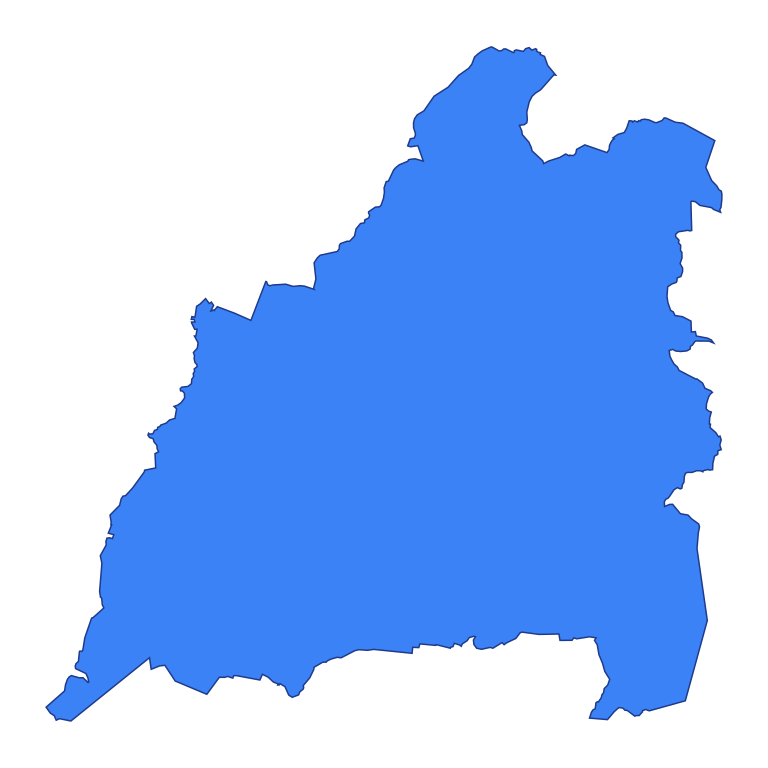 San Diego de Alejandría, Jalisco, Mexico (Mercator projection), rotated 180°
{"feature_id": "50627088B15513266665518", "entity_name": "San Diego de Alejandría", "entity_type": "district", "adm_level": 2, "iso_a3": "MEX", "parent_name": "Mexico", "parent_adm1": "Jalisco", "projection": "mercator", "projection_center": [-102.038, 20.956], "detail": "fine", "context": "isolated", "style": "filled", "palette": "blue", "viewbox_px": 768, "rotation_deg": 180, "n_neighbors": 0, "source": "geoboundaries", "source_scale": "gbopen_adm2", "svg_char_len": 5976}
<svg xmlns="http://www.w3.org/2000/svg" viewBox="0 0 768 768"><g transform="rotate(180 384 384)"><path d="M721.9,60.8L717.6,54.8L713.8,52.4L711.8,47.8L708.4,49.3L697.1,47.0L618.5,110.3L616.8,98.7L608.4,102.1L603.1,102.7L592.8,87.0L561.2,73.7L548.7,90.7L543.1,90.7L540.4,91.6L535.2,89.9L534.3,92.3L531.7,92.4L508.1,88.0L505.6,93.7L499.8,90.8L494.7,86.0L489.8,84.1L490.3,83.0L488.6,83.1L488.0,84.4L483.0,81.3L479.3,73.0L475.8,70.7L469.4,73.1L468.3,76.0L464.8,78.9L464.3,80.3L464.7,82.5L458.2,90.2L454.2,98.6L454.0,100.7L445.3,105.8L441.7,105.9L440.6,107.2L437.0,108.9L430.9,110.7L426.9,110.2L413.0,117.4L409.0,118.3L400.4,117.7L394.3,118.6L355.9,114.7L355.3,120.7L349.2,120.4L348.1,124.1L332.2,122.6L331.9,123.4L317.7,119.8L317.4,120.7L315.0,121.4L313.7,124.7L308.2,122.9L306.8,121.7L305.6,124.2L301.0,127.2L298.6,130.5L294.0,131.7L292.5,131.2L294.6,128.0L294.1,123.5L291.4,119.8L286.5,118.7L277.8,120.6L275.1,119.8L265.9,125.4L263.9,123.3L261.4,125.2L252.1,129.6L247.9,135.2L246.1,135.9L228.9,133.6L209.1,134.0L208.0,127.6L196.0,127.7L194.2,130.1L191.2,129.2L178.6,131.2L171.9,130.2L173.5,127.6L170.8,123.3L169.0,113.2L165.5,104.8L163.2,96.6L158.3,88.7L160.3,82.9L163.8,79.4L164.5,75.1L166.1,73.2L166.8,70.1L169.8,65.9L170.7,66.2L172.0,65.3L172.8,59.2L174.8,58.3L176.5,55.9L178.5,49.9L160.5,48.4L153.7,56.4L149.2,60.4L145.2,60.0L143.1,57.8L140.7,57.5L133.1,51.8L132.4,52.4L128.8,52.5L125.5,56.2L125.4,57.4L122.4,58.5L118.7,57.2L82.7,67.2L60.7,147.5L71.0,219.4L69.7,234.9L68.5,241.3L69.3,244.0L76.6,249.3L79.9,252.9L87.6,254.3L95.4,263.7L98.3,263.6L103.4,261.5L103.7,266.2L102.1,268.9L100.1,269.7L98.3,271.8L94.1,278.1L90.7,280.4L87.7,279.1L86.2,279.7L85.4,283.8L84.1,285.6L83.6,291.9L82.5,294.7L80.5,295.6L75.9,295.6L71.3,297.3L67.4,297.2L65.1,296.2L64.8,297.3L59.9,298.5L58.9,297.9L55.4,298.3L55.1,304.7L53.5,311.8L50.3,313.6L50.0,317.4L46.8,318.3L48.2,323.0L46.8,328.1L48.0,331.9L49.5,331.2L52.2,335.4L58.0,340.5L57.5,343.8L58.6,344.0L58.3,350.2L56.7,356.0L59.4,356.9L61.8,359.1L61.5,364.3L59.4,371.0L57.8,373.8L55.6,375.6L57.4,377.3L63.0,379.7L65.4,384.9L71.1,389.1L72.4,389.0L88.9,397.6L90.7,401.1L93.9,403.9L96.4,408.2L98.1,411.8L98.8,417.5L95.3,418.6L92.4,417.0L87.4,416.5L81.2,417.1L77.9,418.9L77.5,421.8L75.6,422.9L73.1,426.5L72.0,427.0L59.1,426.9L54.4,425.0L56.6,428.0L60.3,429.8L71.7,432.0L72.6,436.4L76.6,436.0L77.0,446.9L85.5,451.3L93.0,452.5L94.7,456.1L97.4,457.7L100.1,465.4L101.0,471.6L100.3,481.2L96.2,484.0L92.0,485.5L91.2,486.5L90.8,490.1L87.1,491.5L85.4,496.4L85.4,500.0L87.9,504.4L86.0,510.1L86.1,515.6L87.5,517.5L87.3,522.7L89.5,525.2L89.0,527.8L92.3,531.3L92.4,533.7L89.6,536.2L80.1,537.7L78.2,537.1L76.3,537.5L77.1,566.2L76.3,566.8L72.8,566.4L68.1,562.6L56.5,560.4L54.5,558.6L47.4,555.7L48.3,558.2L47.0,560.7L46.2,568.2L46.1,573.8L46.7,576.9L49.1,578.3L51.3,582.2L56.4,587.5L62.2,600.6L53.2,627.4L85.0,644.8L92.8,645.8L101.9,649.9L103.8,650.1L105.9,647.5L111.2,645.4L112.9,645.4L119.1,648.1L123.2,648.8L126.7,648.3L128.0,646.8L129.4,647.4L130.3,646.0L133.7,647.2L135.5,645.9L136.0,647.0L138.8,647.3L141.3,639.9L143.7,635.5L150.1,633.6L155.1,630.1L153.8,629.1L155.7,627.9L157.2,625.4L158.5,622.6L158.9,618.4L161.0,615.4L183.2,623.1L191.4,618.6L192.3,614.5L194.6,612.4L198.4,612.8L198.8,612.2L202.3,614.0L208.3,610.5L219.3,607.0L224.3,604.4L225.3,607.2L236.0,617.2L236.6,620.2L239.1,625.8L245.7,633.4L246.2,637.0L248.6,642.7L243.8,643.3L241.2,645.2L240.7,648.6L241.2,656.0L238.8,666.0L236.0,671.6L232.8,674.7L227.3,678.3L214.2,693.1L212.3,692.9L220.3,702.6L223.5,711.6L227.9,713.6L227.5,715.2L230.4,716.0L231.4,717.2L231.3,718.6L232.4,719.3L236.1,717.9L238.9,720.4L242.4,719.3L244.6,716.6L251.8,718.1L253.7,717.3L253.6,715.9L254.6,715.4L262.3,719.1L264.4,719.0L266.3,717.4L268.8,717.0L276.0,721.0L277.2,721.0L285.7,717.2L290.0,714.1L293.5,710.9L296.1,703.9L299.3,699.7L309.4,692.6L319.9,680.8L333.9,671.8L344.1,657.1L350.7,653.2L353.4,649.4L354.5,645.2L354.4,640.3L352.6,634.5L352.7,632.5L353.8,629.9L357.7,629.3L360.3,622.1L357.5,621.2L350.1,622.3L344.7,606.9L352.9,609.2L358.2,608.6L359.5,608.2L360.1,606.8L368.7,603.2L372.1,600.5L374.3,598.1L379.6,586.8L381.8,586.4L383.9,580.1L383.6,575.8L384.5,569.7L386.9,562.8L388.5,561.2L392.6,560.9L399.3,556.3L399.5,555.2L398.4,552.8L399.2,550.1L403.2,548.1L403.5,545.2L407.5,544.5L411.9,539.2L413.5,531.9L418.4,526.7L420.8,526.8L427.5,524.4L428.6,522.7L428.8,519.2L430.7,516.5L447.8,512.8L450.6,510.2L453.9,505.2L452.1,489.0L454.5,479.4L454.0,478.7L463.7,481.9L467.6,482.3L474.9,481.6L482.3,483.8L495.4,483.0L497.8,482.3L500.0,482.9L501.5,486.3L502.2,486.5L517.1,447.6L533.4,454.8L550.7,461.3L553.6,457.7L553.7,458.2L557.1,457.0L554.4,462.6L556.6,465.9L558.8,464.5L562.4,469.4L568.0,463.9L571.4,461.7L573.0,450.9L576.1,451.4L576.5,448.8L577.5,448.7L573.7,448.5L573.1,445.9L576.5,446.0L576.4,445.1L573.3,438.7L570.9,438.7L572.1,432.0L573.6,432.0L569.9,425.2L570.7,419.8L574.6,415.5L573.5,412.2L573.9,409.6L573.1,405.7L571.0,403.1L570.9,401.4L573.8,399.0L573.4,396.7L574.8,394.3L574.3,391.6L576.2,388.8L576.6,384.3L580.0,381.6L586.4,380.8L587.8,379.1L587.4,377.1L585.5,377.0L583.6,374.8L583.4,370.0L586.8,365.4L590.4,362.8L594.0,361.6L591.4,359.2L593.1,349.6L598.5,348.0L601.8,344.9L607.3,342.9L608.3,341.4L610.3,340.7L610.7,338.5L613.5,337.6L615.1,334.2L618.4,333.9L619.4,334.8L620.1,332.9L618.5,330.5L614.9,329.3L613.9,325.9L611.1,322.7L610.9,319.4L609.4,316.2L613.0,314.4L612.3,300.1L623.4,297.8L623.7,296.1L635.4,280.0L642.4,272.4L645.1,271.8L646.8,269.2L648.4,262.7L658.0,252.9L656.8,245.8L657.1,243.2L656.4,243.1L659.7,234.8L654.2,233.3L655.6,229.4L658.1,230.2L661.0,229.9L662.1,226.5L661.8,223.0L667.7,212.3L666.1,204.7L668.4,176.7L667.5,170.8L666.3,169.8L665.7,163.1L664.1,160.1L674.8,150.5L676.4,149.9L683.2,130.2L685.1,118.3L685.9,116.7L688.2,116.9L688.6,116.2L689.6,106.5L691.9,104.5L692.8,101.9L692.4,99.4L682.1,94.5L680.0,89.8L679.3,85.9L680.0,85.5L685.0,90.3L688.7,90.2L696.6,92.4L698.7,91.2L700.6,88.6L702.5,83.3L703.4,77.1L721.9,60.8Z" fill="#3b82f6" stroke="#1e3a8a" stroke-width="1.5"/></g></svg>